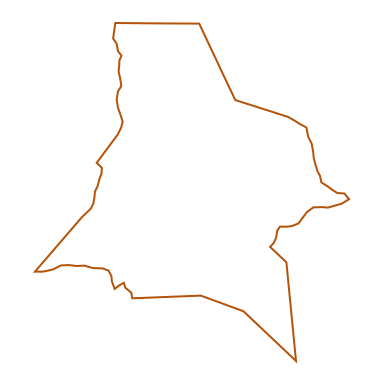 Santo André, Paraíba, Brazil
{"feature_id": "56859067B12125725469802", "entity_name": "Santo André", "entity_type": "district", "adm_level": 2, "iso_a3": "BRA", "parent_name": "Brazil", "parent_adm1": "Paraíba", "projection": "mercator", "projection_center": [-36.617, -7.225], "detail": "fine", "context": "isolated", "style": "outline", "palette": "amber", "viewbox_px": 384, "rotation_deg": 0, "n_neighbors": 0, "source": "geoboundaries", "source_scale": "gbopen_adm2", "svg_char_len": 1161}
<svg xmlns="http://www.w3.org/2000/svg" viewBox="0 0 384 384"><path d="M288.0,116.9L235.3,100.1L228.5,85.8L207.1,40.4L199.2,23.6L157.4,23.4L115.3,23.0L113.1,38.5L116.6,43.7L118.0,51.2L121.5,55.7L119.4,60.3L119.2,65.8L118.6,71.4L120.3,79.1L121.3,86.2L118.0,91.3L116.7,99.5L118.0,107.9L120.2,113.9L122.7,121.7L121.0,128.0L117.7,134.6L96.7,162.8L101.9,167.9L101.4,174.1L99.3,179.4L97.7,185.8L94.9,191.7L94.5,197.0L93.3,203.7L90.9,208.5L86.7,212.6L81.8,217.3L34.9,271.7L42.4,271.7L48.0,270.6L53.6,269.2L61.0,265.4L69.0,265.1L76.9,266.0L84.3,265.6L93.0,268.1L102.7,268.4L108.5,270.6L111.4,276.1L111.9,281.5L114.7,288.9L118.9,285.6L123.8,282.8L125.4,287.8L131.3,292.7L132.3,298.3L200.8,295.6L243.5,311.3L296.0,361.0L286.4,262.3L270.1,246.9L273.8,242.9L276.2,237.5L277.1,230.9L279.9,226.7L286.6,226.7L291.8,226.1L298.5,223.4L302.3,218.2L307.0,212.0L313.3,207.4L322.1,207.1L328.0,207.6L336.6,205.1L341.7,203.7L349.1,199.1L344.3,193.5L337.3,193.0L332.8,190.2L328.0,186.6L321.4,182.4L320.0,175.8L317.6,171.4L315.4,164.5L313.7,157.8L313.2,152.0L311.6,143.5L308.1,136.5L306.4,127.5L299.5,123.8L295.4,121.1L288.0,116.9Z" fill="none" stroke="#b45309" stroke-width="2"/></svg>